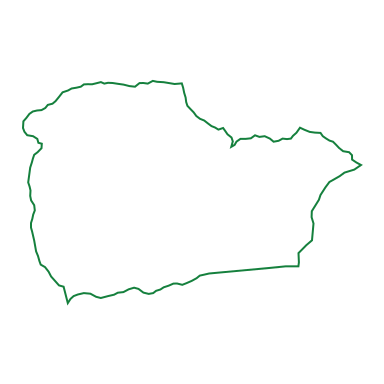 Brejo do Cruz, Paraíba, Brazil
{"feature_id": "56859067B33912375522561", "entity_name": "Brejo do Cruz", "entity_type": "district", "adm_level": 2, "iso_a3": "BRA", "parent_name": "Brazil", "parent_adm1": "Paraíba", "projection": "orthographic", "projection_center": [-37.497, -6.33], "detail": "fine", "context": "isolated", "style": "outline", "palette": "green", "viewbox_px": 384, "rotation_deg": 0, "n_neighbors": 0, "source": "geoboundaries", "source_scale": "gbopen_adm2", "svg_char_len": 2123}
<svg xmlns="http://www.w3.org/2000/svg" viewBox="0 0 384 384"><path d="M361.0,165.0L356.4,162.5L352.1,159.6L352.0,155.2L349.1,152.2L343.1,151.2L339.1,148.0L336.0,144.7L333.0,141.7L329.5,140.6L326.1,138.5L322.8,136.2L320.5,132.9L314.9,132.6L309.7,131.9L304.5,129.8L300.0,127.7L296.4,132.8L293.0,135.8L290.9,138.6L287.0,139.1L282.6,138.6L278.6,140.8L273.6,141.7L269.9,138.6L264.7,136.2L259.4,136.9L255.0,135.3L250.9,138.3L245.4,138.9L240.4,138.9L236.5,141.6L234.6,144.9L231.3,146.8L232.8,141.4L231.5,137.5L227.5,134.3L225.3,131.1L223.1,128.0L218.4,129.6L215.0,127.5L211.5,126.1L207.9,123.4L204.2,120.5L200.0,118.8L196.3,116.0L193.7,112.4L190.4,109.0L187.4,105.8L186.2,102.1L185.6,97.5L184.2,92.9L183.1,87.6L181.8,83.4L174.6,84.0L163.7,82.2L157.1,81.8L152.8,80.9L147.8,83.6L143.3,83.0L139.5,83.1L135.0,86.7L129.5,86.1L123.5,84.6L117.8,83.8L112.6,83.0L108.0,82.8L104.3,83.6L100.9,82.1L96.6,83.2L92.0,84.3L87.8,84.2L83.9,84.4L80.8,86.7L76.4,87.7L71.6,88.5L68.0,90.5L62.6,92.3L59.0,96.9L55.5,101.2L52.5,103.7L47.8,104.9L45.3,108.0L41.5,110.1L37.0,110.5L32.8,111.5L29.4,113.9L26.3,118.0L23.4,121.3L23.0,128.0L24.4,131.7L27.2,135.2L33.1,136.2L37.3,138.9L38.4,142.8L41.8,143.7L41.5,148.2L37.6,152.2L34.2,154.8L32.9,158.6L31.9,162.3L30.2,167.6L28.2,182.4L29.6,186.6L30.5,190.5L30.2,195.9L31.1,200.4L34.2,205.2L34.8,210.4L33.2,214.6L32.3,218.9L31.0,223.0L31.0,227.6L32.1,231.5L34.2,240.6L36.1,251.4L38.0,256.0L39.4,261.0L40.7,264.6L45.0,267.1L48.6,271.7L51.1,276.5L54.4,280.2L59.0,285.4L63.6,286.7L67.8,303.1L70.5,298.9L73.6,296.1L77.8,294.5L83.8,293.1L90.4,293.7L96.1,296.8L100.8,298.0L108.4,296.0L114.1,294.7L117.8,292.7L123.4,292.1L128.7,289.3L134.1,287.7L138.5,288.9L143.4,292.6L148.7,293.9L153.2,293.1L156.1,290.8L160.4,289.5L163.7,287.3L168.6,285.7L173.4,283.6L177.0,283.5L182.3,284.8L186.4,283.2L191.7,280.9L196.6,278.2L199.8,275.6L204.4,274.6L209.1,273.5L268.9,268.0L286.0,266.3L298.4,266.3L298.9,262.4L298.5,253.1L306.4,245.1L312.0,240.3L313.5,223.5L311.6,217.2L311.8,211.2L318.9,199.8L320.5,195.0L325.4,187.4L329.4,182.0L339.6,176.2L344.5,172.6L354.3,169.6L361.0,165.0Z" fill="none" stroke="#15803d" stroke-width="2"/></svg>